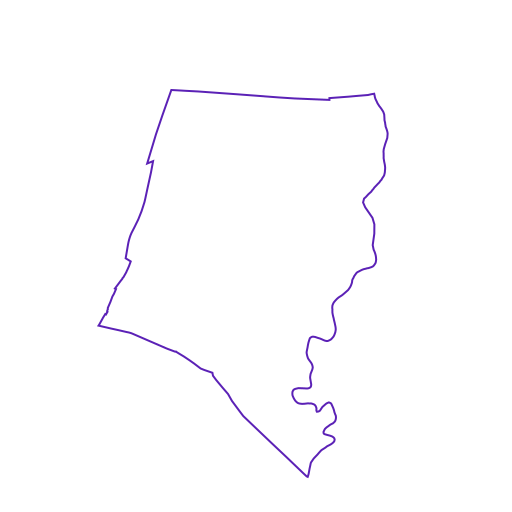 Oancea, Galati, Romania, rotated 19°
{"feature_id": "2599482B31797489837867", "entity_name": "Oancea", "entity_type": "district", "adm_level": 2, "iso_a3": "ROU", "parent_name": "Romania", "parent_adm1": "Galati", "projection": "orthographic", "projection_center": [28.103, 45.914], "detail": "fine", "context": "isolated", "style": "outline", "palette": "violet", "viewbox_px": 512, "rotation_deg": 19, "n_neighbors": 0, "source": "geoboundaries", "source_scale": "gbopen_adm2", "svg_char_len": 4961}
<svg xmlns="http://www.w3.org/2000/svg" viewBox="0 0 512 512"><g transform="rotate(19 256 256)"><path d="M376.8,448.0L376.8,447.3L376.7,445.0L376.4,442.9L375.9,439.7L375.5,436.3L375.2,434.0L375.3,433.0L376.5,428.7L377.4,426.7L378.8,423.7L379.6,421.6L380.9,418.6L381.5,417.7L382.8,416.1L384.2,414.3L384.8,413.3L385.4,412.5L386.5,411.4L388.0,409.8L389.3,408.0L390.3,405.9L390.2,404.5L390.1,403.9L389.4,402.9L388.4,402.3L387.4,402.0L386.4,401.8L385.2,401.8L384.1,401.8L381.7,402.0L379.6,402.1L378.5,402.1L377.6,401.5L377.1,400.4L377.3,398.2L377.5,397.0L378.5,395.1L379.8,393.3L381.0,391.5L381.7,390.7L383.3,389.1L383.8,388.1L384.3,387.2L384.6,386.1L384.6,385.0L384.5,383.9L384.2,382.7L383.8,381.7L383.3,380.8L382.5,380.0L381.1,378.3L379.9,376.4L378.5,374.6L377.0,373.0L375.5,371.4L374.5,370.8L372.9,370.7L372.4,370.8L370.7,372.4L370.1,373.3L367.9,377.2L366.8,381.4L366.1,382.3L365.2,383.0L364.2,383.4L363.4,382.4L362.7,380.2L362.0,379.3L361.2,378.4L360.1,377.7L359.0,377.4L357.8,377.4L356.5,377.4L355.4,377.7L354.3,378.1L353.1,378.4L350.0,379.9L347.8,380.8L345.5,381.3L344.3,381.4L343.1,381.3L342.0,380.9L340.9,380.4L339.9,379.8L338.1,378.3L336.4,376.5L335.8,375.7L335.3,374.6L334.9,373.4L334.7,372.2L335.1,370.2L336.2,369.0L338.2,367.7L339.2,367.1L342.5,366.1L344.8,365.4L347.0,364.8L348.0,364.4L349.0,363.8L350.0,362.7L350.4,361.7L350.3,360.5L350.0,359.4L349.4,358.3L348.3,356.3L347.2,354.3L346.7,353.2L346.4,352.0L346.0,349.7L346.1,347.4L346.2,345.0L346.1,343.9L345.9,342.8L345.3,341.7L344.6,340.7L343.9,339.9L342.9,339.0L341.0,337.7L339.3,336.5L338.3,335.6L336.9,333.7L335.7,331.7L335.2,330.6L335.0,329.5L334.8,328.0L334.5,325.6L334.1,323.3L333.8,320.9L333.7,318.5L333.7,316.2L334.3,315.2L335.1,314.3L336.1,313.7L338.3,313.3L339.7,313.3L341.1,313.3L343.3,313.2L345.2,313.3L347.0,313.5L348.7,313.6L350.5,313.4L351.5,313.0L352.3,312.3L353.3,311.3L354.0,310.5L354.6,309.3L355.5,307.0L355.7,305.8L355.8,304.7L355.8,302.2L355.6,301.0L355.4,299.8L355.0,298.7L354.5,297.6L353.9,296.5L352.1,293.5L350.3,290.7L349.7,289.6L349.0,288.6L347.8,286.7L346.7,284.7L345.9,282.5L345.6,281.5L345.0,280.3L344.4,278.1L344.4,276.9L344.5,275.7L344.7,274.5L345.5,272.4L346.5,270.2L347.6,268.3L349.1,266.4L349.9,265.4L350.5,264.5L351.7,262.5L352.9,260.4L354.1,258.3L354.5,257.1L355.1,254.9L355.3,253.6L355.4,252.3L355.4,251.2L355.4,250.0L355.2,248.9L354.9,247.7L354.9,246.6L355.2,245.3L355.3,244.2L355.4,243.1L355.9,241.4L356.6,239.1L357.3,238.1L358.2,237.2L359.7,235.6L361.0,234.3L362.4,233.2L363.4,232.6L364.3,232.0L365.1,231.4L365.8,231.1L366.7,230.5L368.8,228.9L369.9,227.8L370.4,226.9L370.8,225.7L371.1,224.6L371.3,223.6L371.2,222.4L370.8,220.3L370.4,219.4L369.8,218.0L369.0,216.5L368.0,215.0L366.5,213.1L365.7,212.3L365.1,211.6L362.8,207.7L360.6,196.4L357.6,187.5L353.7,182.0L343.4,174.4L339.8,170.5L339.5,166.5L340.6,164.6L341.3,163.0L342.1,161.1L343.2,159.1L344.0,157.7L344.5,155.9L345.1,154.6L345.6,152.8L346.2,151.5L346.9,150.0L347.7,148.2L348.6,146.4L349.1,144.6L349.8,143.1L350.1,141.3L350.7,139.1L350.9,138.0L350.7,135.8L350.5,134.6L350.1,133.2L349.8,131.9L349.3,130.3L348.7,129.0L348.1,127.8L347.4,126.6L346.5,125.1L345.6,123.4L344.8,121.9L344.3,120.3L343.8,119.0L343.3,117.5L342.6,115.9L342.3,114.7L342.0,113.3L341.9,111.7L341.8,110.0L341.7,108.1L341.7,106.4L341.7,103.9L341.7,101.7L341.3,100.1L340.9,98.5L340.6,97.4L340.0,96.2L339.3,95.1L338.2,93.6L337.3,92.5L336.4,91.4L336.0,90.5L335.2,89.1L334.7,88.0L333.3,85.8L332.5,83.7L331.7,81.8L331.3,80.8L331.1,80.4L330.4,79.5L329.7,78.6L328.9,77.8L327.6,76.8L326.6,76.0L325.3,75.1L323.6,74.0L322.5,73.1L321.2,72.1L320.3,71.1L319.0,69.8L317.8,68.6L316.7,67.1L315.8,65.5L315.2,64.6L314.9,64.1L312.2,65.6L309.5,67.3L299.5,71.7L291.9,75.1L274.0,82.8L274.6,84.5L255.2,90.3L241.1,94.5L226.5,98.5L212.4,102.2L211.5,102.4L184.5,109.5L147.6,119.3L134.7,123.0L131.8,123.8L121.9,126.6L121.8,140.0L121.7,153.3L121.8,173.4L122.4,188.7L123.0,204.0L127.8,199.8L129.5,211.2L131.4,227.6L132.7,238.3L133.0,241.4L133.1,245.5L133.2,251.0L133.0,255.1L132.8,259.5L132.5,262.1L132.3,263.6L131.7,268.4L130.8,274.6L130.6,277.6L130.6,279.5L130.7,282.0L130.9,284.3L131.2,286.5L133.5,300.6L139.3,301.9L139.3,302.8L139.2,307.1L138.9,310.6L138.7,312.1L138.6,313.7L138.1,316.4L137.6,319.1L137.0,320.5L137.0,321.2L136.2,323.4L133.2,332.7L134.4,332.8L134.0,338.1L133.4,341.1L133.4,342.1L133.3,346.7L132.8,353.4L133.3,354.8L133.1,355.7L133.4,357.4L133.7,357.4L133.2,360.1L132.4,359.9L131.4,364.3L131.2,365.7L131.1,366.2L130.3,370.8L130.1,371.9L129.8,373.1L131.7,372.9L135.6,372.5L143.2,371.7L150.0,370.9L158.5,370.0L160.8,369.7L163.3,369.6L164.9,369.7L201.0,372.5L202.9,372.6L210.4,372.8L211.1,372.7L211.4,372.4L212.3,372.7L214.9,373.3L220.5,374.5L227.3,376.3L231.0,377.4L232.1,377.7L240.3,380.4L244.2,380.6L252.8,380.6L254.3,383.2L258.7,386.2L267.3,391.4L270.9,393.5L274.5,395.6L280.5,400.9L291.9,408.7L296.1,411.5L315.9,420.6L331.4,427.7L350.2,436.2L369.7,445.2L373.9,447.1L375.7,447.9L376.8,448.0Z" fill="none" stroke="#5b21b6" stroke-width="2"/></g></svg>